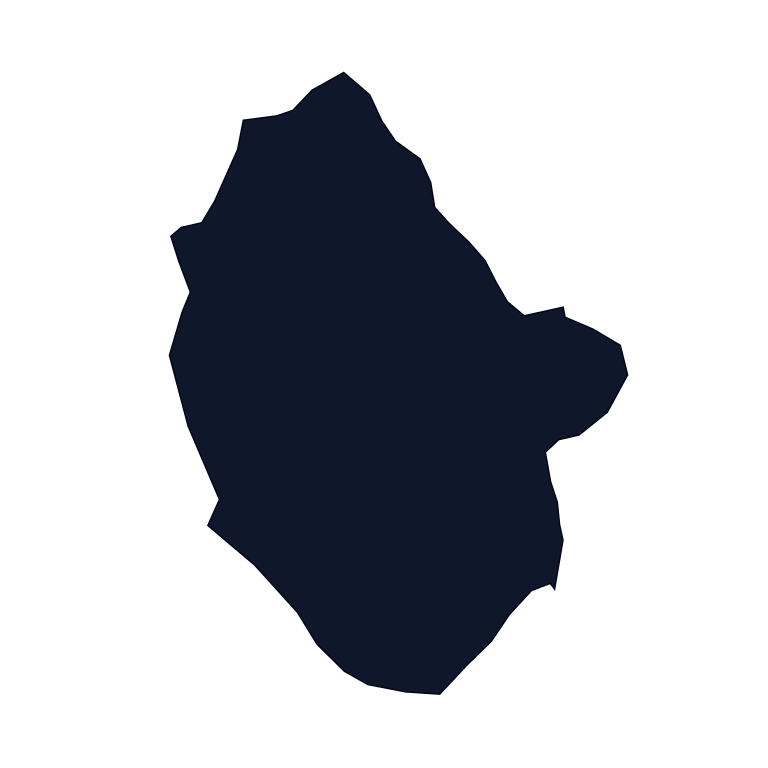 the district of Gurye-gun, South Jeolla, South Korea, rotated 191°
{"feature_id": "91817680B46219646335198", "entity_name": "Gurye-gun", "entity_type": "district", "adm_level": 2, "iso_a3": "KOR", "parent_name": "South Korea", "parent_adm1": "South Jeolla", "projection": "mercator", "projection_center": [127.492, 35.226], "detail": "fine", "context": "isolated", "style": "filled", "palette": "ink", "viewbox_px": 768, "rotation_deg": 191, "n_neighbors": 0, "source": "geoboundaries", "source_scale": "gbopen_adm2", "svg_char_len": 851}
<svg xmlns="http://www.w3.org/2000/svg" viewBox="0 0 768 768"><g transform="rotate(191 384 384)"><path d="M177.4,215.2L178.5,264.8L184.9,279.7L191.3,301.0L201.9,320.1L212.6,347.8L201.9,362.7L182.8,371.2L159.4,398.9L146.6,439.4L159.4,467.0L189.2,477.7L219.0,484.1L222.8,493.6L259.4,477.7L278.6,488.3L293.5,505.4L308.4,524.5L327.6,539.4L351.0,554.3L368.0,567.1L376.5,590.5L391.5,611.8L419.1,624.6L436.2,641.6L439.8,646.6L453.2,665.1L483.0,682.1L510.7,658.7L525.6,635.3L540.5,626.7L572.4,616.1L572.4,586.3L585.2,530.9L593.7,507.5L612.9,499.0L621.4,488.3L608.6,464.9L591.6,437.2L595.9,415.9L600.1,371.2L568.2,305.2L523.5,239.2L529.9,211.5L476.6,181.7L425.5,143.4L400.0,115.7L368.0,94.4L342.5,85.9L304.2,85.9L270.1,90.2L248.8,124.2L229.6,151.9L216.9,181.7L199.8,209.4L182.8,220.0L177.4,215.2Z" fill="#0f172a" stroke="#020617" stroke-width="1.5"/></g></svg>